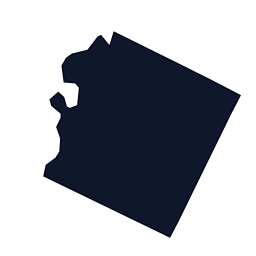 outline of Ray, Missouri, United States of America, rotated 116°
{"feature_id": "52423323B37195564422054", "entity_name": "Ray", "entity_type": "district", "adm_level": 2, "iso_a3": "USA", "parent_name": "United States of America", "parent_adm1": "Missouri", "projection": "natural_earth1", "projection_center": [-94.019, 39.331], "detail": "fine", "context": "isolated", "style": "filled", "palette": "ink", "viewbox_px": 256, "rotation_deg": 116, "n_neighbors": 0, "source": "geoboundaries", "source_scale": "gbopen_adm2", "svg_char_len": 558}
<svg xmlns="http://www.w3.org/2000/svg" viewBox="0 0 256 256"><g transform="rotate(116 128 128)"><path d="M48.9,73.5L48.7,94.4L48.6,99.5L48.1,182.4L62.9,180.1L57.0,192.8L59.6,194.8L75.9,198.1L86.0,210.3L92.2,213.8L100.9,214.4L114.4,205.5L110.3,195.1L112.8,189.2L129.9,182.9L136.3,188.9L136.0,192.9L128.8,199.3L126.8,206.2L136.6,210.3L141.1,206.3L144.0,194.4L148.3,192.3L158.3,192.3L166.8,183.7L179.1,178.7L186.7,179.5L197.3,185.0L207.9,182.4L207.5,42.8L190.1,42.3L69.0,42.1L49.7,41.6L48.9,73.5Z" fill="#0f172a" stroke="#020617" stroke-width="1.5"/></g></svg>